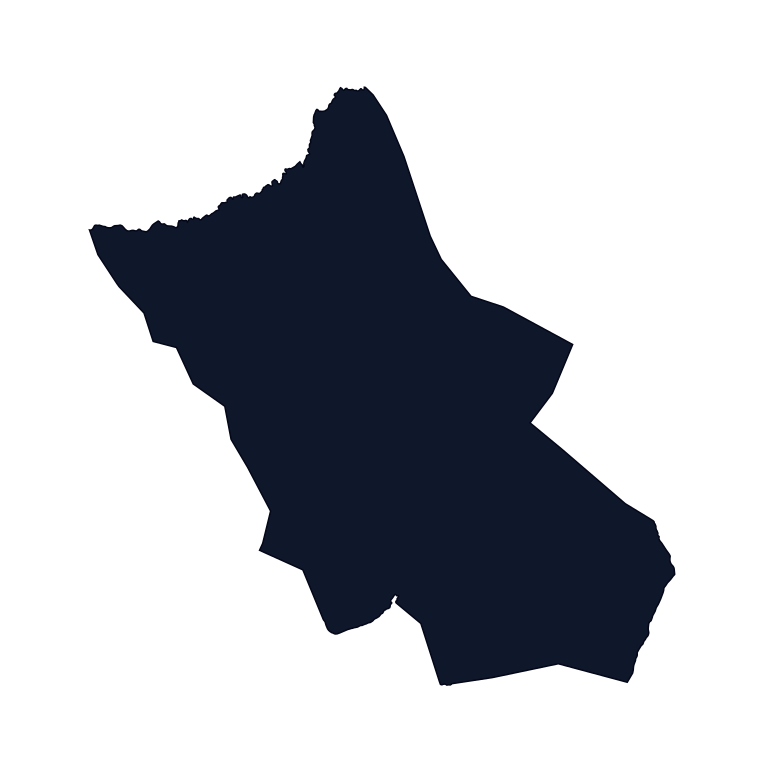 O'mnogovi, Uvs, Mongolia, rotated 96°
{"feature_id": "93677404B24799113543159", "entity_name": "O'mnogovi", "entity_type": "district", "adm_level": 2, "iso_a3": "MNG", "parent_name": "Mongolia", "parent_adm1": "Uvs", "projection": "robinson", "projection_center": [91.474, 49.101], "detail": "fine", "context": "isolated", "style": "filled", "palette": "ink", "viewbox_px": 768, "rotation_deg": 96, "n_neighbors": 0, "source": "geoboundaries", "source_scale": "gbopen_adm2", "svg_char_len": 6067}
<svg xmlns="http://www.w3.org/2000/svg" viewBox="0 0 768 768"><g transform="rotate(96 384 384)"><path d="M261.6,693.0L285.3,682.0L312.0,660.2L314.9,657.6L338.5,630.1L365.8,618.0L369.4,594.2L403.9,573.7L422.8,540.0L455.0,530.3L481.0,511.0L522.2,483.5L555.2,488.0L562.4,490.4L577.3,445.3L624.8,419.6L626.6,417.8L630.0,416.4L633.3,414.6L634.8,413.3L635.9,411.7L636.8,409.9L637.0,408.7L637.6,407.2L637.7,406.3L637.4,404.5L636.2,402.0L631.9,394.3L631.4,392.9L630.5,390.9L630.2,389.6L629.7,388.8L628.6,385.2L628.3,384.6L626.9,382.6L626.6,381.9L626.4,380.6L625.0,378.1L624.3,376.4L623.7,375.6L623.2,374.7L622.5,372.5L620.9,370.6L620.2,370.0L619.2,369.4L618.1,368.0L617.5,366.9L615.8,364.7L612.9,362.8L612.2,361.6L611.8,361.3L609.0,360.2L608.5,359.0L607.4,358.0L606.9,356.4L605.9,355.0L605.0,354.7L602.8,354.6L601.3,353.5L600.9,353.4L600.7,353.5L600.2,354.2L599.8,354.4L598.6,354.7L598.0,354.6L595.8,353.1L592.8,351.6L592.2,351.0L592.1,350.5L593.3,349.0L593.0,347.7L593.2,347.4L594.7,347.6L595.5,348.2L596.4,348.6L596.8,348.6L597.4,348.1L597.7,348.1L597.9,348.2L598.5,349.2L599.0,349.4L599.6,349.5L600.4,349.1L618.3,322.3L673.9,297.9L676.8,296.5L677.0,295.9L677.1,295.2L677.0,294.7L676.5,293.8L676.1,292.2L676.4,290.9L676.9,290.1L676.4,288.1L676.4,286.7L675.6,285.6L675.0,285.4L664.6,245.4L644.0,181.4L655.2,110.9L645.5,106.5L642.4,106.2L639.2,106.3L637.1,106.1L632.8,105.0L630.9,105.0L628.5,104.0L627.1,103.8L624.6,104.1L621.4,102.8L617.6,101.0L615.5,99.3L612.8,98.7L610.9,97.5L608.7,96.6L607.5,95.6L606.2,95.0L604.5,94.7L603.5,94.7L600.7,95.5L599.2,95.7L594.1,95.7L593.9,95.4L592.9,95.1L591.9,94.0L591.3,93.6L588.1,92.8L586.4,92.6L581.6,90.6L578.0,89.9L574.4,88.2L569.0,86.4L562.5,84.7L560.2,84.3L557.8,84.3L557.0,84.0L554.9,82.7L552.3,81.4L548.6,78.6L544.9,76.4L543.2,75.1L542.9,75.0L537.5,76.1L536.2,76.6L535.0,77.5L533.4,79.3L532.6,79.9L531.6,80.5L530.1,81.1L528.1,81.4L525.2,81.4L523.5,82.5L519.1,86.4L513.4,91.0L511.0,93.4L509.3,94.4L506.9,94.5L506.0,95.8L505.4,96.2L504.5,95.9L503.5,96.1L501.4,97.2L500.7,97.8L499.0,98.5L497.1,98.7L495.1,99.7L494.1,100.6L492.6,101.1L491.7,102.3L477.8,131.6L430.4,200.1L407.4,234.7L375.6,215.6L325.0,200.5L295.0,273.2L287.7,306.6L254.1,340.1L232.1,353.5L155.7,387.9L116.5,409.6L97.7,425.0L91.0,433.5L90.9,434.6L92.7,434.5L93.5,434.8L94.0,435.3L94.1,435.7L94.0,436.0L92.8,437.5L92.8,438.0L94.8,439.6L95.2,440.1L95.4,440.7L95.4,441.2L94.9,442.1L94.9,442.5L95.2,444.3L94.6,445.3L94.4,446.0L94.5,446.7L95.0,448.0L95.0,450.5L94.7,451.2L93.9,451.9L94.0,452.6L94.4,453.3L95.7,454.1L96.2,454.8L96.0,455.3L94.5,456.9L93.9,458.2L94.7,458.7L97.1,459.5L98.6,460.5L99.6,461.3L99.9,461.8L100.0,462.8L100.4,463.2L101.1,463.6L102.0,463.6L103.2,462.4L104.0,462.2L106.2,464.3L107.7,465.0L110.2,465.7L111.2,467.2L111.8,467.6L112.6,467.9L114.3,468.0L115.4,468.3L116.4,468.7L117.3,469.7L118.8,471.6L119.3,473.8L119.4,474.8L119.3,475.5L119.7,476.1L119.6,476.7L119.2,477.3L118.0,478.8L118.0,479.6L119.2,480.3L122.7,481.2L123.5,481.6L125.8,481.9L131.4,481.6L133.1,480.3L133.9,480.4L134.5,480.2L136.0,479.4L136.5,479.4L137.6,479.6L138.3,479.9L140.5,481.6L141.9,481.8L144.2,481.4L147.1,482.0L149.3,482.6L149.9,482.6L150.6,482.2L151.3,482.2L151.9,482.3L153.1,483.0L153.9,483.2L156.5,482.8L157.3,483.0L158.2,483.9L158.7,484.2L160.4,483.8L162.0,482.5L162.6,482.1L163.0,482.0L163.7,482.6L164.5,484.3L164.9,484.8L167.6,485.1L170.7,486.4L173.0,486.8L175.2,486.4L176.0,486.5L176.8,487.0L176.5,487.6L175.9,487.9L174.9,487.9L174.1,489.0L174.1,489.3L171.8,490.9L174.3,493.2L176.7,494.9L179.7,499.0L179.6,500.7L180.5,502.4L180.6,502.7L180.4,504.3L180.5,504.6L181.1,504.9L182.2,504.7L183.4,503.6L184.2,503.2L185.1,503.2L185.5,503.7L184.9,505.4L185.0,506.1L185.3,506.5L186.1,506.6L187.7,506.2L188.9,506.5L190.7,506.3L191.1,506.4L192.2,507.3L195.0,507.9L195.5,508.1L195.9,508.7L196.0,509.4L195.9,510.2L195.4,510.9L194.5,511.0L193.9,511.3L193.3,512.0L192.9,513.0L192.2,513.9L192.3,514.3L194.1,516.2L194.6,516.5L195.2,516.5L198.0,515.7L198.5,515.8L199.1,516.8L198.8,517.9L198.2,518.8L197.9,519.7L197.9,520.1L198.1,520.6L198.7,521.1L199.1,521.9L200.3,522.5L200.9,524.0L201.4,524.4L202.7,524.7L203.4,525.3L204.9,525.4L207.1,527.1L207.5,527.7L207.6,528.3L207.4,530.4L207.6,530.9L208.6,531.9L209.5,532.3L211.0,532.7L211.6,533.4L212.2,534.8L212.3,535.3L211.8,536.8L212.9,537.7L213.0,538.2L212.1,539.4L210.9,540.1L210.1,541.1L209.7,542.0L209.6,542.7L209.9,544.1L210.2,544.6L211.0,544.7L212.9,544.0L213.6,544.4L213.6,544.8L213.1,545.6L211.4,546.4L211.1,546.7L211.1,547.1L211.9,548.3L212.3,549.2L213.4,550.9L213.7,551.5L213.7,553.0L214.1,553.3L215.9,553.5L216.2,553.7L216.2,553.9L215.2,554.6L214.4,555.8L214.5,556.5L214.8,557.1L215.3,557.7L217.5,559.3L219.0,559.0L219.6,559.1L219.8,559.4L220.0,560.5L220.5,561.7L220.6,563.7L220.7,564.2L221.6,564.9L223.2,565.6L224.4,567.0L224.9,567.3L225.4,567.3L227.6,566.2L228.2,566.5L229.4,569.2L231.8,571.6L232.7,573.1L234.7,574.9L235.0,575.6L235.3,577.1L234.7,577.5L234.5,577.8L235.0,578.7L237.9,581.7L239.7,583.0L240.0,583.5L240.0,584.3L239.2,585.1L238.8,585.7L239.0,586.8L238.9,588.3L238.2,589.8L237.9,590.2L238.0,590.5L238.5,590.7L239.8,590.6L240.2,591.1L240.3,591.5L240.2,591.9L239.6,592.8L239.5,593.2L239.8,594.3L240.3,594.8L243.5,596.5L242.2,597.4L242.1,597.7L242.1,598.7L242.4,599.1L242.6,600.1L242.6,600.6L242.0,602.4L242.9,603.5L243.2,605.0L244.4,605.1L245.3,605.5L248.8,605.5L250.0,606.5L250.3,607.2L250.2,608.1L249.6,609.5L249.2,611.7L249.4,615.9L249.2,616.6L248.3,618.4L247.8,618.8L247.7,619.6L248.0,620.2L248.1,621.1L248.1,622.2L247.7,623.0L246.1,624.3L245.5,625.6L248.8,629.6L250.2,630.9L251.6,631.7L254.4,633.1L256.5,634.9L257.5,636.3L257.1,640.8L256.5,642.0L255.8,642.9L255.7,643.8L256.0,644.5L256.8,645.1L257.8,646.4L257.4,649.2L257.5,650.6L258.4,652.9L258.6,654.3L258.4,655.6L257.3,657.4L254.2,660.8L253.6,662.4L253.6,663.2L254.2,665.0L254.7,668.2L255.3,669.4L256.8,671.1L257.1,672.0L257.4,673.4L257.4,675.0L257.2,676.4L256.6,677.7L256.6,679.8L255.8,683.7L256.0,684.4L256.2,685.8L256.1,687.0L256.3,687.7L256.7,688.4L260.0,689.8L261.1,690.7L261.7,692.2L261.6,693.0Z" fill="#0f172a" stroke="#020617" stroke-width="1.5"/></g></svg>